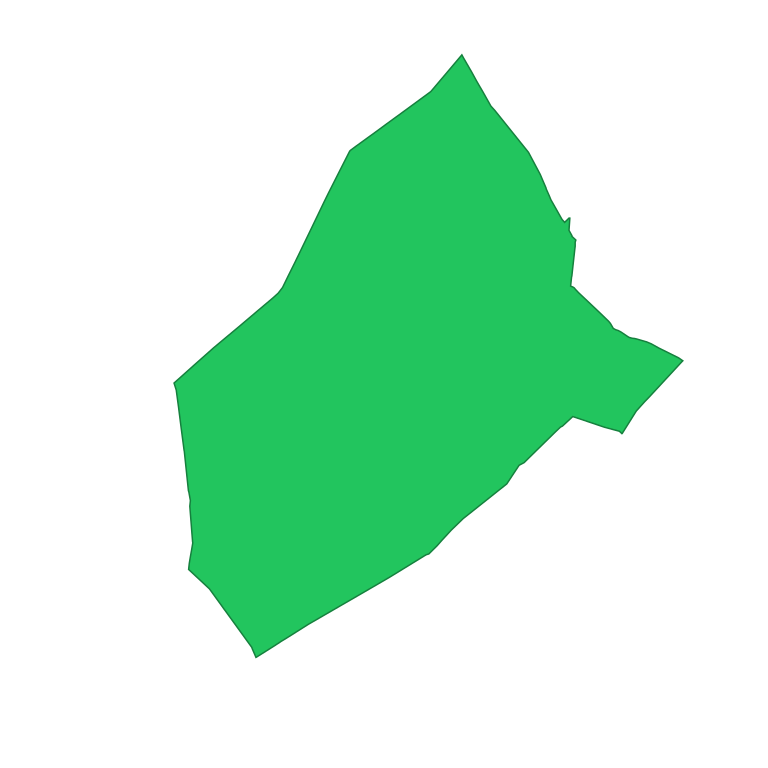 the district of Jaunjelgavas pag., Jaunjelgavas, Latvia, rotated 138°
{"feature_id": "27541924B6750181975211", "entity_name": "Jaunjelgavas pag.", "entity_type": "district", "adm_level": 2, "iso_a3": "LVA", "parent_name": "Latvia", "parent_adm1": "Jaunjelgavas", "projection": "orthographic", "projection_center": [25.067, 56.595], "detail": "fine", "context": "isolated", "style": "filled", "palette": "green", "viewbox_px": 768, "rotation_deg": 138, "n_neighbors": 0, "source": "geoboundaries", "source_scale": "gbopen_adm2", "svg_char_len": 2115}
<svg xmlns="http://www.w3.org/2000/svg" viewBox="0 0 768 768"><g transform="rotate(138 384 384)"><path d="M662.1,266.5L661.8,266.4L640.3,262.7L639.7,262.6L638.2,262.4L637.6,262.3L635.3,261.9L632.9,261.6L626.0,260.3L600.8,256.0L600.0,255.8L599.5,255.7L585.3,252.7L530.4,241.1L508.8,236.6L468.5,229.2L466.7,228.8L464.4,227.7L452.4,228.3L445.6,229.1L435.9,230.0L431.8,230.4L415.2,231.0L402.4,230.2L359.6,227.6L338.0,233.2L332.4,231.8L326.5,232.1L288.6,233.7L281.7,233.9L279.5,233.3L265.5,233.5L249.0,204.2L241.8,193.1L240.7,191.4L240.4,187.9L239.9,187.9L214.6,195.1L202.3,196.4L195.1,196.9L148.1,201.2L146.4,201.3L147.5,206.1L155.8,227.1L158.5,235.0L160.6,239.5L164.7,246.1L166.0,248.2L167.3,250.1L169.0,252.0L170.7,254.7L171.1,256.1L171.6,258.1L173.1,264.1L174.1,266.9L175.5,269.3L176.4,271.9L175.3,277.1L175.2,277.7L175.1,280.3L176.0,293.3L178.3,321.8L178.4,326.5L178.3,328.1L178.7,329.6L179.8,331.9L178.9,332.7L172.9,338.1L172.2,338.5L163.8,346.0L152.0,356.5L149.7,358.5L147.1,361.4L145.1,362.6L145.5,367.4L145.6,367.9L145.1,368.4L143.7,374.4L134.9,382.9L135.4,383.5L140.8,383.3L141.6,383.2L141.6,386.9L141.4,388.0L137.7,404.6L136.7,409.2L135.3,413.1L132.9,420.5L132.4,421.3L129.8,429.0L127.7,435.1L121.6,459.5L118.6,513.0L118.6,516.0L118.6,519.0L116.8,527.0L115.0,535.0L113.3,543.3L112.5,547.0L109.9,558.0L109.4,560.5L106.7,573.2L105.9,576.5L107.3,576.3L116.1,575.1L122.6,574.2L137.3,572.2L152.0,570.2L153.6,570.0L180.6,572.7L207.6,575.5L219.8,576.7L232.0,578.0L237.8,578.6L245.1,579.4L252.5,580.1L253.7,580.0L275.5,571.6L297.2,563.2L306.2,559.6L334.2,548.1L362.1,536.7L365.1,535.5L368.0,534.3L370.5,533.3L382.7,528.5L394.8,523.6L401.9,522.3L405.6,522.3L409.3,522.3L418.4,522.6L427.5,522.9L440.8,523.3L454.1,523.7L469.8,524.3L486.2,524.9L512.8,525.1L539.4,525.2L542.5,518.4L542.8,518.0L552.1,504.4L562.6,489.3L577.0,468.4L577.3,467.8L600.8,435.5L601.3,434.3L605.9,426.9L610.1,423.1L631.7,395.0L632.4,393.9L637.8,389.6L643.2,385.4L648.6,381.1L653.3,376.9L650.8,348.6L653.0,328.0L653.6,322.9L653.6,322.4L658.5,276.6L659.0,275.6L661.9,267.0L662.1,266.5Z" fill="#22c55e" stroke="#15803d" stroke-width="1.5"/></g></svg>